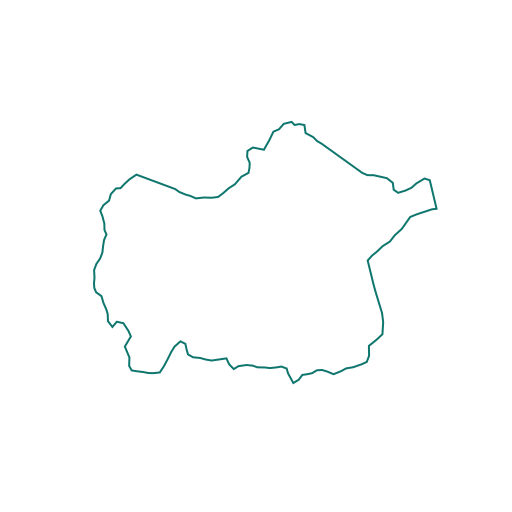 outline of Porto Ferreira, São Paulo, Brazil, rotated 218°
{"feature_id": "56859067B95997326511453", "entity_name": "Porto Ferreira", "entity_type": "district", "adm_level": 2, "iso_a3": "BRA", "parent_name": "Brazil", "parent_adm1": "São Paulo", "projection": "equal_earth", "projection_center": [-47.446, -21.845], "detail": "fine", "context": "isolated", "style": "outline", "palette": "teal", "viewbox_px": 512, "rotation_deg": 218, "n_neighbors": 0, "source": "geoboundaries", "source_scale": "gbopen_adm2", "svg_char_len": 1924}
<svg xmlns="http://www.w3.org/2000/svg" viewBox="0 0 512 512"><g transform="rotate(218 256 256)"><path d="M165.7,422.7L170.9,420.8L174.3,412.0L175.5,405.5L178.5,399.6L182.9,393.3L188.3,393.0L193.3,397.9L200.8,397.9L208.0,394.5L213.0,392.1L218.0,388.3L223.5,386.9L273.3,384.9L278.7,384.2L284.0,384.9L292.6,383.4L298.5,389.0L303.1,386.6L306.3,383.0L310.5,383.6L315.5,377.2L315.9,370.0L318.8,364.7L316.8,355.4L315.2,344.6L325.2,339.6L327.4,333.5L324.0,328.6L318.4,325.6L315.5,321.6L313.1,316.9L316.3,309.5L316.8,299.4L319.2,292.6L320.5,285.6L322.2,279.2L326.8,274.6L333.1,270.0L338.8,264.4L344.8,262.9L349.2,261.1L356.0,259.2L360.9,259.0L400.3,246.5L402.9,238.5L404.0,231.8L404.5,226.1L407.9,223.0L408.5,215.4L405.9,209.2L407.5,202.0L406.6,195.8L401.4,192.7L395.5,188.2L391.4,183.2L387.1,180.9L385.6,175.1L382.5,169.5L379.2,164.2L377.3,158.1L376.9,151.5L374.9,145.2L369.7,139.2L366.9,134.8L363.8,131.3L359.7,129.0L353.0,129.2L347.3,125.1L341.0,121.7L337.2,119.0L332.5,113.5L325.5,111.7L325.2,118.5L319.1,121.4L310.3,118.4L305.1,115.6L303.6,103.9L293.3,98.1L288.3,91.3L283.5,89.3L278.1,92.3L273.5,95.1L268.8,97.5L265.0,100.3L260.1,105.0L260.7,112.4L262.0,119.9L263.7,128.1L264.4,134.4L263.0,142.2L257.6,143.3L252.9,139.4L249.0,136.6L243.3,137.4L237.2,141.3L231.8,143.5L226.6,146.3L216.3,157.1L210.4,154.1L203.9,153.2L202.0,158.4L196.3,164.3L191.2,167.5L186.3,169.2L180.4,173.6L176.1,176.2L171.5,180.6L167.9,184.5L162.6,186.2L158.4,183.2L148.4,178.9L146.1,184.9L146.3,190.8L143.2,194.0L139.7,198.1L137.6,203.5L133.7,206.9L128.4,208.9L122.1,210.6L118.0,217.7L115.8,222.9L111.0,228.1L106.1,235.7L103.5,240.7L105.4,246.9L111.7,254.7L109.5,264.0L108.2,272.2L115.0,282.1L121.5,288.6L131.9,295.9L139.6,301.3L145.7,305.8L165.2,321.2L164.8,327.9L163.5,333.3L162.2,342.0L159.4,349.7L159.4,357.7L157.8,367.2L158.2,375.2L158.5,381.7L155.0,387.8L146.1,401.1L142.8,404.4L165.7,422.7Z" fill="none" stroke="#0f766e" stroke-width="2"/></g></svg>